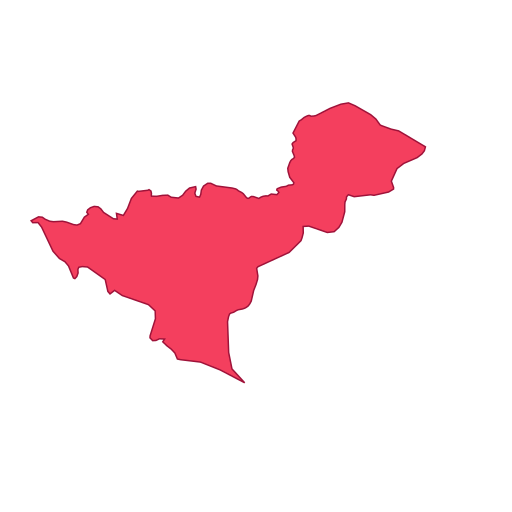 the Department of Cortés, rotated 249°
{"feature_id": "HND-647", "entity_name": "Cortés", "entity_type": "Department", "adm_level": 1, "iso_a3": "HND", "parent_name": "Honduras", "parent_adm1": "", "projection": "robinson", "projection_center": [-87.947, 15.362], "detail": "fine", "context": "isolated", "style": "filled", "palette": "rose", "viewbox_px": 512, "rotation_deg": 249, "n_neighbors": 0, "source": "natural_earth", "source_scale": "10m", "svg_char_len": 2679}
<svg xmlns="http://www.w3.org/2000/svg" viewBox="0 0 512 512"><g transform="rotate(249 256 256)"><path d="M211.2,140.9L213.3,136.2L213.0,132.3L214.0,129.2L217.6,127.7L219.4,128.5L233.4,139.6L240.9,142.2L249.1,138.2L267.0,117.0L274.6,111.7L272.9,106.1L276.0,105.0L288.1,106.8L306.1,94.8L308.4,90.0L309.0,86.5L307.3,84.9L303.9,83.8L301.0,81.3L299.8,78.8L300.9,77.7L313.9,77.4L319.1,75.6L324.1,71.6L333.2,68.2L359.8,66.2L365.3,64.5L367.1,59.5L369.5,58.7L370.5,67.0L368.8,70.4L365.8,72.4L362.4,75.9L360.6,79.2L357.8,87.8L355.5,91.3L350.7,96.9L349.0,100.0L349.1,103.7L353.8,109.7L355.0,114.4L357.5,113.7L359.4,115.4L360.4,118.7L360.3,122.7L358.5,126.2L355.7,128.0L351.3,129.3L341.9,136.2L340.2,139.7L345.8,141.0L341.4,146.7L346.4,153.1L354.4,160.3L359.1,168.5L358.4,169.6L356.1,178.7L356.3,179.9L354.3,181.2L352.1,180.9L350.3,180.1L349.3,179.9L347.3,184.7L346.1,190.5L344.4,195.5L341.3,197.8L337.9,204.4L339.0,209.3L341.7,213.6L343.3,218.3L342.4,224.5L339.9,224.0L336.6,221.4L333.2,221.3L331.2,224.4L333.3,226.5L337.1,228.6L340.1,232.1L341.2,236.9L340.1,239.8L335.6,244.1L328.0,258.1L325.9,261.1L324.7,262.1L323.2,262.9L320.4,265.4L318.6,266.5L314.5,267.8L313.0,268.6L312.5,269.7L312.7,270.8L313.1,272.0L313.2,273.2L312.4,274.9L308.7,279.3L309.2,281.6L309.2,284.0L308.7,286.4L307.8,288.7L308.4,292.4L305.8,297.5L307.1,300.1L308.3,300.0L310.1,299.0L310.9,299.5L311.2,300.0L311.3,304.2L310.2,309.2L310.5,311.7L309.5,315.1L309.5,316.6L310.9,317.6L317.3,315.7L323.2,316.2L326.5,317.1L331.1,321.0L332.5,322.6L333.3,324.2L333.5,325.6L334.3,327.3L336.1,327.6L340.7,327.5L342.0,328.2L343.0,329.3L344.1,329.7L347.6,329.8L348.6,331.3L349.3,334.7L351.1,335.4L352.6,335.6L357.5,334.6L366.5,344.7L366.9,347.0L368.1,350.6L368.4,353.4L368.4,355.2L367.9,356.5L366.8,357.4L366.0,360.0L365.6,362.3L367.3,378.1L367.3,389.7L365.8,397.2L360.7,402.4L346.7,413.8L340.9,417.0L334.0,418.8L332.9,419.7L326.1,427.5L321.7,434.0L297.2,453.3L293.9,450.9L291.8,447.5L290.1,441.7L289.5,427.2L287.1,419.0L277.4,409.2L270.6,409.0L269.2,408.4L268.2,402.7L270.4,387.9L272.1,384.9L276.2,368.9L280.1,364.2L278.8,361.7L276.8,360.8L274.6,358.5L272.4,357.4L265.5,354.7L256.7,348.3L253.0,343.6L250.7,337.7L252.4,331.0L265.0,316.0L266.7,310.6L260.6,308.4L256.5,305.5L254.2,303.5L247.5,288.3L245.3,254.0L244.3,252.2L236.7,250.6L233.5,249.0L229.4,245.8L224.7,241.5L215.6,235.4L213.6,233.1L212.2,230.9L211.6,228.8L211.3,226.8L211.4,224.3L212.2,220.1L212.1,218.2L211.5,215.0L211.7,212.0L211.4,210.6L209.3,208.7L204.9,205.9L175.7,195.9L159.2,193.1L141.7,200.0L162.6,181.6L176.9,166.1L186.3,148.3L188.0,145.7L194.5,145.5L199.4,143.5L204.0,140.7L209.3,138.2L211.2,140.9Z" fill="#f43f5e" stroke="#9f1239" stroke-width="1.5"/></g></svg>